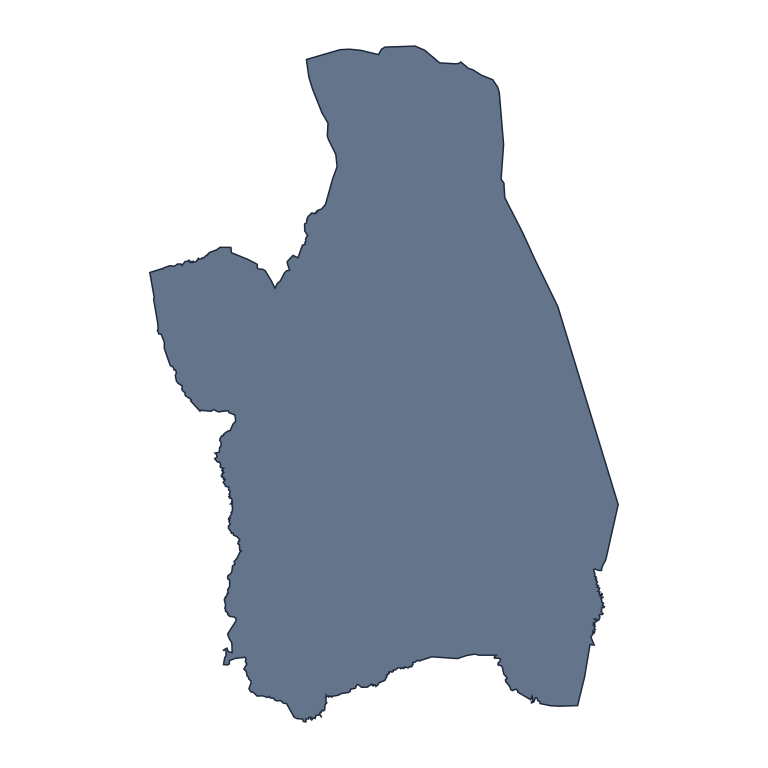 Nueva Ecija, Nueva Ecija, Philippines
{"feature_id": "2640588B46982966730152", "entity_name": "Nueva Ecija", "entity_type": "district", "adm_level": 2, "iso_a3": "PHL", "parent_name": "Philippines", "parent_adm1": "Nueva Ecija", "projection": "robinson", "projection_center": [120.823, 15.657], "detail": "fine", "context": "isolated", "style": "filled", "palette": "slate", "viewbox_px": 768, "rotation_deg": 0, "n_neighbors": 0, "source": "geoboundaries", "source_scale": "gbopen_adm2", "svg_char_len": 6087}
<svg xmlns="http://www.w3.org/2000/svg" viewBox="0 0 768 768"><path d="M618.2,504.6L557.8,306.5L535.4,260.5L522.5,232.3L504.8,197.7L503.9,183.1L501.1,179.2L503.6,144.6L499.3,92.6L497.7,87.2L492.7,79.7L481.6,75.3L472.8,69.8L468.3,68.3L460.8,62.0L459.1,63.4L455.7,63.8L439.7,62.9L424.6,50.2L415.1,46.1L385.1,47.1L381.6,49.1L378.4,54.6L360.6,50.3L349.1,49.2L340.0,49.7L306.4,59.5L308.9,77.3L312.6,89.2L322.1,113.1L328.0,123.1L327.3,135.9L328.4,139.4L335.8,154.4L337.1,166.6L332.5,179.4L325.5,204.4L321.6,209.0L317.2,210.6L317.4,211.4L316.5,211.5L316.6,212.4L315.7,213.4L315.2,212.8L314.2,213.6L312.1,213.0L310.8,213.6L310.7,214.4L308.4,216.1L306.8,219.3L306.6,222.8L304.6,223.9L304.7,230.9L307.7,235.6L306.5,236.9L305.5,239.5L305.8,240.9L304.9,242.7L305.2,244.3L302.4,245.2L298.0,257.8L293.0,255.4L287.3,261.5L287.3,263.3L289.6,270.3L286.6,270.7L284.2,273.3L280.4,280.8L277.2,283.6L274.9,288.2L271.6,281.3L265.2,270.7L262.4,269.2L258.6,269.0L257.4,268.2L257.2,264.3L248.1,259.5L231.4,252.7L230.9,247.4L220.1,247.3L216.5,249.9L209.7,252.4L207.6,254.3L207.6,255.2L206.1,255.5L203.4,258.1L202.3,257.7L201.5,258.7L199.0,259.2L198.4,258.3L196.3,261.5L193.5,262.2L193.1,261.4L192.3,262.5L191.6,262.5L191.7,261.7L189.7,262.3L189.7,260.5L188.6,260.3L187.5,261.4L185.2,261.4L181.8,265.5L180.9,264.0L177.5,264.0L174.6,266.2L169.9,265.7L163.5,268.0L163.0,269.0L162.3,268.6L149.8,272.5L154.2,297.5L153.6,299.2L157.9,324.2L158.1,329.3L157.4,330.2L158.8,333.9L161.2,334.3L164.3,342.1L164.3,348.5L170.3,365.6L173.2,367.2L174.1,370.0L175.2,369.7L176.1,371.6L176.3,373.0L175.3,375.6L176.4,381.0L178.2,383.4L182.3,386.0L181.8,388.9L182.4,390.6L185.1,392.9L184.9,394.6L185.5,395.8L191.0,399.4L191.4,400.2L190.7,401.0L200.0,411.2L200.6,410.3L211.1,411.3L213.5,409.5L218.2,411.9L227.9,410.7L229.1,412.7L234.7,414.8L235.5,418.6L235.6,421.3L233.0,424.1L230.1,430.6L228.0,431.0L224.8,433.2L223.5,434.3L223.5,435.5L221.5,436.0L220.0,438.6L219.7,440.4L221.2,442.6L220.7,446.4L219.6,447.5L219.3,452.2L215.0,453.1L216.3,454.2L217.1,456.9L214.7,458.7L217.6,462.1L219.7,462.2L220.6,464.4L220.1,466.4L220.6,467.5L223.2,468.4L222.5,468.6L221.9,470.3L223.0,470.3L222.5,471.3L223.7,472.3L222.9,472.6L223.0,473.5L222.1,473.7L222.5,474.7L221.2,475.7L222.0,477.1L222.6,476.2L222.4,477.4L223.8,478.0L223.6,479.5L224.2,479.7L224.6,478.9L225.2,479.8L223.2,482.4L225.4,485.3L225.4,486.2L228.8,487.2L228.5,489.8L230.0,491.0L229.8,493.3L229.0,494.3L230.1,495.9L228.8,496.7L230.1,498.4L231.0,498.0L232.3,500.1L231.7,501.5L232.4,501.9L230.7,503.7L232.1,503.6L231.7,504.6L232.4,504.9L232.1,506.5L232.9,507.6L232.4,508.2L232.3,511.0L231.1,512.6L231.9,513.3L229.7,516.9L230.3,518.2L229.5,518.8L228.6,518.4L228.6,519.7L229.6,520.4L229.0,521.4L230.3,524.2L228.5,525.9L228.5,528.3L231.0,531.7L231.4,533.3L233.0,533.0L233.6,535.2L237.0,536.6L239.6,539.4L239.7,540.7L238.6,540.9L237.9,543.8L239.4,544.6L239.7,550.2L241.4,550.9L239.9,552.1L237.0,558.2L234.0,561.8L235.0,564.2L232.5,565.9L231.9,571.4L230.7,573.7L228.1,575.5L227.5,577.3L228.1,579.1L229.5,579.8L229.7,586.1L227.6,589.9L228.3,593.1L227.2,593.3L227.2,594.8L225.7,596.8L226.0,597.5L225.0,597.7L224.3,599.8L225.6,605.0L224.8,608.3L225.8,609.8L225.4,611.0L227.8,613.1L227.7,614.5L229.6,616.3L234.4,617.1L236.0,618.5L236.0,620.9L227.6,634.0L229.1,638.3L231.8,642.9L232.2,652.7L228.4,651.6L226.8,648.1L222.8,650.6L224.6,649.7L226.1,651.6L225.9,656.0L224.7,657.6L223.5,664.6L227.7,664.9L229.3,663.9L229.5,660.5L235.6,658.3L245.3,657.3L246.1,659.4L245.3,661.4L246.8,664.1L243.8,669.1L246.2,671.3L247.1,676.1L248.5,677.2L248.7,678.9L250.9,680.9L251.1,682.6L248.9,688.7L250.8,691.9L253.3,692.3L257.2,696.1L262.6,695.8L267.5,697.5L269.2,696.5L270.3,698.0L273.5,698.2L275.0,700.2L277.1,700.9L280.4,700.5L283.3,703.1L286.6,703.7L294.1,717.2L296.9,718.6L302.6,719.1L303.4,721.5L305.9,721.9L306.1,718.7L308.5,719.0L308.8,717.3L311.2,717.5L310.5,718.8L311.7,720.0L313.5,717.8L315.1,718.5L316.1,715.3L318.6,715.1L319.5,714.2L321.7,717.5L319.7,713.6L320.5,712.1L321.3,712.3L321.9,710.4L323.8,710.8L324.7,709.8L325.1,704.6L326.8,702.8L326.0,702.3L326.1,697.8L325.5,697.4L326.6,696.4L326.3,695.3L327.3,696.3L328.6,696.1L328.6,696.9L329.8,696.2L331.6,697.0L331.5,696.4L338.5,695.2L341.1,693.6L348.4,692.5L350.1,691.5L350.7,689.2L355.3,688.3L357.0,684.7L358.1,684.5L361.5,687.3L367.5,687.1L371.6,684.0L371.9,685.0L372.9,684.8L372.7,685.5L373.5,685.9L374.5,684.9L375.4,685.2L375.9,686.4L377.7,685.2L378.8,682.9L384.8,680.4L386.6,677.1L386.5,675.3L387.2,675.6L387.8,674.2L389.1,673.7L388.8,672.2L389.8,672.2L390.2,671.5L392.1,672.1L393.2,671.5L393.3,670.1L395.2,670.0L398.1,667.8L400.4,667.8L400.6,668.6L402.3,667.8L403.2,668.5L404.3,668.2L404.6,667.0L408.3,667.9L409.7,666.6L411.3,666.9L412.1,666.2L412.0,665.1L413.0,664.6L412.9,662.6L415.2,662.1L417.2,660.4L419.1,661.0L431.8,656.8L457.4,658.6L466.4,655.6L475.0,654.1L478.9,655.2L496.2,655.2L494.2,657.2L494.6,658.2L498.5,658.2L500.5,659.1L500.3,660.7L498.1,663.0L498.0,664.9L501.6,666.0L502.3,667.2L503.9,674.2L506.9,677.8L506.6,679.0L505.5,679.6L505.6,681.4L509.8,686.6L510.8,689.7L512.4,690.6L516.0,689.1L517.8,691.0L517.8,692.2L530.7,699.7L532.1,696.2L532.9,700.8L531.3,702.0L531.5,702.9L533.9,701.9L535.3,697.9L537.0,697.9L537.7,700.6L539.9,701.6L540.0,703.5L550.3,705.7L559.8,706.2L577.6,705.6L584.6,676.9L590.0,644.5L594.2,645.1L590.9,637.1L593.1,633.6L592.9,631.8L594.0,633.1L594.8,631.5L594.3,629.7L595.2,629.4L594.2,628.3L595.0,626.5L593.2,625.1L593.4,624.2L594.7,624.6L593.8,622.8L594.8,623.0L596.8,620.9L594.5,619.2L596.0,619.1L597.9,620.6L598.8,620.1L599.9,617.4L599.2,614.6L602.5,614.4L603.1,613.7L601.1,611.5L601.8,610.1L601.5,608.0L604.0,607.5L604.5,606.6L602.3,605.6L603.5,603.3L601.7,601.9L601.7,600.0L601.0,598.9L602.9,597.3L600.2,596.7L600.3,595.9L602.1,595.1L602.3,594.1L601.6,593.5L600.4,595.0L599.7,594.9L599.1,593.6L599.9,592.0L597.8,591.4L599.1,590.1L599.6,588.1L597.1,587.1L598.5,585.9L596.3,584.2L597.5,581.8L596.1,580.9L596.6,579.2L595.4,578.8L596.2,577.0L594.6,576.4L595.0,574.2L593.6,569.6L594.7,569.0L598.6,570.4L601.4,570.5L602.4,566.1L605.8,559.8L618.2,504.6Z" fill="#64748b" stroke="#1e293b" stroke-width="1.5"/></svg>